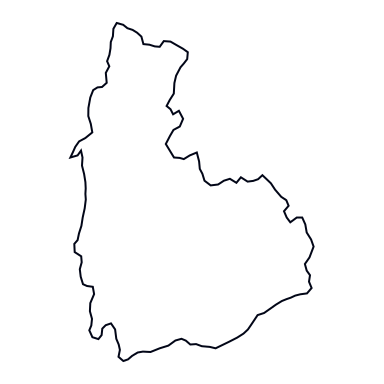 Pirapetinga, Minas Gerais, Brazil
{"feature_id": "56859067B36322566959360", "entity_name": "Pirapetinga", "entity_type": "district", "adm_level": 2, "iso_a3": "BRA", "parent_name": "Brazil", "parent_adm1": "Minas Gerais", "projection": "equal_earth", "projection_center": [-42.367, -21.664], "detail": "fine", "context": "isolated", "style": "outline", "palette": "ink", "viewbox_px": 384, "rotation_deg": 0, "n_neighbors": 0, "source": "geoboundaries", "source_scale": "gbopen_adm2", "svg_char_len": 2017}
<svg xmlns="http://www.w3.org/2000/svg" viewBox="0 0 384 384"><path d="M150.5,352.0L159.7,348.3L168.4,345.6L175.4,340.5L181.5,338.8L185.8,340.6L190.3,344.5L196.1,344.1L201.8,346.2L209.8,346.9L215.6,348.3L229.0,341.8L237.2,337.6L243.5,333.6L247.9,329.5L251.2,324.7L257.6,315.1L264.1,313.0L276.0,304.6L281.9,301.0L286.6,299.1L290.7,297.7L295.2,295.6L300.3,294.3L307.0,293.4L311.6,288.0L309.0,281.7L310.0,275.2L306.7,270.6L304.9,264.0L309.5,257.4L313.6,246.6L311.1,239.5L306.7,232.5L305.3,224.4L302.2,217.5L296.8,217.5L290.3,222.3L286.7,217.5L284.0,211.2L288.6,205.8L286.3,200.2L281.2,196.8L275.1,189.7L270.9,183.3L266.2,178.8L262.4,175.2L258.1,179.2L253.2,180.9L247.6,181.6L240.9,177.3L236.4,182.8L229.9,178.8L223.9,180.7L218.1,184.5L210.7,185.4L204.5,180.7L202.4,173.8L199.8,168.9L199.1,161.4L196.8,152.5L189.8,155.4L183.8,159.1L179.6,157.9L174.0,157.5L165.8,144.0L170.0,135.9L173.5,129.9L179.8,126.5L183.1,118.8L178.9,110.8L173.1,114.3L170.5,109.2L166.6,106.0L169.8,99.9L173.8,93.6L174.4,83.0L176.1,75.7L180.5,67.3L183.8,63.5L187.2,59.1L187.8,52.2L182.9,48.7L176.9,45.3L170.5,41.6L163.8,41.1L159.7,46.8L154.8,46.4L149.4,44.7L143.4,44.1L141.4,36.6L137.1,32.7L132.6,29.9L127.4,28.2L123.2,24.8L116.7,23.0L113.4,28.8L112.9,36.3L110.8,42.0L110.5,48.3L109.4,54.9L107.1,61.2L109.3,66.3L105.8,72.9L106.7,82.8L102.0,87.0L97.5,87.4L93.2,90.1L90.3,97.5L88.4,108.0L88.3,116.1L90.8,123.9L92.3,132.4L85.4,138.0L79.1,141.4L75.3,146.8L72.9,152.2L70.4,157.5L77.6,155.4L81.0,150.6L82.5,157.5L82.0,165.6L84.1,174.0L85.4,182.1L85.7,188.4L85.4,193.9L85.8,199.5L84.7,208.3L82.7,217.5L81.4,225.9L79.0,233.4L77.6,240.1L74.3,243.9L74.7,252.1L81.2,256.3L81.7,262.3L79.8,269.2L80.7,276.7L83.0,284.2L87.0,286.0L92.8,286.8L94.1,294.1L90.3,303.1L89.9,311.2L92.0,318.9L91.3,325.5L89.3,330.3L92.4,337.2L98.4,339.1L101.6,335.1L102.3,328.6L105.7,325.2L111.0,323.4L115.1,329.4L116.3,338.8L118.7,344.5L119.9,349.9L118.5,356.8L123.3,361.0L128.0,359.4L132.2,355.8L137.7,352.5L142.9,351.6L150.5,352.0Z" fill="none" stroke="#020617" stroke-width="2"/></svg>